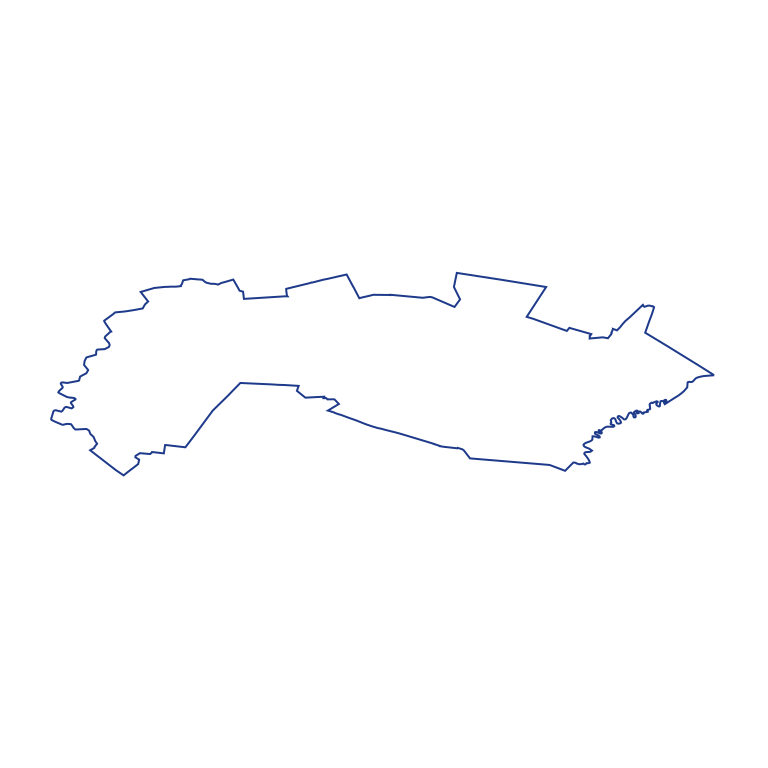 Bērzpils pag., Balvu, Latvia (Equal Earth projection), rotated 186°
{"feature_id": "27541924B21084254111268", "entity_name": "Bērzpils pag.", "entity_type": "district", "adm_level": 2, "iso_a3": "LVA", "parent_name": "Latvia", "parent_adm1": "Balvu", "projection": "equal_earth", "projection_center": [27.098, 56.85], "detail": "fine", "context": "isolated", "style": "outline", "palette": "blue", "viewbox_px": 768, "rotation_deg": 186, "n_neighbors": 0, "source": "geoboundaries", "source_scale": "gbopen_adm2", "svg_char_len": 6133}
<svg xmlns="http://www.w3.org/2000/svg" viewBox="0 0 768 768"><g transform="rotate(186 384 384)"><path d="M90.2,403.1L87.3,405.8L85.0,408.2L82.1,412.3L82.2,417.2L81.8,417.7L80.5,418.1L79.1,418.0L77.8,418.3L77.0,419.0L74.9,421.8L74.5,422.2L73.0,423.2L70.5,424.2L67.0,425.3L56.6,427.2L57.2,427.3L57.3,427.6L72.3,435.0L106.6,451.5L129.6,462.3L127.0,473.3L124.7,482.2L123.4,488.6L124.9,489.5L125.4,489.3L127.9,489.7L128.7,489.6L129.5,489.6L133.0,488.0L134.1,488.5L134.3,488.7L134.2,489.1L134.8,489.8L146.1,476.6L150.5,471.9L153.3,468.1L155.0,465.3L157.9,461.7L161.9,462.7L161.8,462.4L162.4,461.7L162.5,460.7L163.2,459.2L162.8,458.6L163.5,457.1L163.4,457.0L166.1,452.9L171.2,453.3L183.9,450.8L184.2,450.7L184.4,453.3L184.1,453.3L183.1,455.3L205.5,459.2L207.7,455.9L242.3,464.4L249.1,465.7L232.9,497.4L277.7,499.9L323.2,502.1L324.6,487.8L317.2,476.1L321.9,468.0L345.0,475.2L346.7,475.4L347.6,475.4L354.5,473.8L387.0,473.4L387.0,473.1L389.3,473.0L401.4,471.8L403.5,471.7L405.1,471.2L408.0,470.1L415.1,467.7L417.5,466.7L422.9,474.8L424.4,477.1L424.6,477.2L432.6,489.0L451.0,482.7L455.8,481.2L465.6,477.5L466.5,477.5L466.7,477.3L468.3,476.6L491.2,468.4L491.0,466.8L489.8,461.8L489.1,461.1L492.0,460.8L532.2,454.0L533.8,461.1L537.4,461.7L539.1,464.2L544.8,472.1L554.9,468.0L556.1,467.6L559.0,465.8L559.4,465.5L560.0,465.7L563.1,465.9L566.6,465.6L567.5,465.7L571.2,466.2L572.8,466.9L575.4,468.7L588.0,468.4L588.5,467.9L594.6,466.1L595.4,462.5L596.3,460.7L596.5,460.6L596.8,460.1L596.7,460.0L600.9,459.1L606.4,458.5L610.0,457.9L611.9,457.7L622.5,455.5L635.6,450.1L627.2,441.4L630.0,438.2L631.9,433.9L641.1,431.2L649.5,429.0L658.9,427.1L660.4,425.4L668.9,417.7L668.9,417.3L666.8,414.5L660.8,407.6L661.7,407.2L666.2,402.1L666.6,400.7L666.4,400.3L661.7,395.9L661.0,394.4L661.0,393.7L661.3,392.5L661.7,391.9L665.4,389.5L672.5,388.3L672.9,388.1L673.2,387.8L673.4,387.2L673.6,385.9L673.4,383.2L673.6,383.0L681.6,379.8L682.7,379.3L684.1,375.8L684.3,371.8L684.2,371.5L679.7,367.0L679.7,366.8L681.2,363.5L684.4,361.4L687.0,359.6L687.6,355.7L688.2,355.2L699.2,351.9L703.8,352.0L704.8,351.7L705.4,351.2L705.5,350.5L703.4,347.8L703.2,347.0L703.3,346.6L706.6,342.8L707.0,341.6L706.3,341.1L697.9,337.9L694.4,337.6L694.2,337.7L691.0,337.7L689.6,337.2L689.3,336.9L689.2,336.4L693.0,333.5L693.3,333.2L693.5,332.6L693.4,332.3L693.2,332.1L691.0,329.7L690.5,328.6L690.8,328.2L692.1,327.1L697.3,328.0L698.3,327.8L699.5,326.7L699.7,326.1L701.1,323.6L701.8,322.9L702.2,322.8L707.7,323.6L708.4,323.4L709.5,322.9L709.9,322.1L711.4,314.4L711.1,313.8L710.6,313.4L706.8,312.0L699.8,309.9L698.8,309.9L696.5,310.8L694.3,311.3L691.0,311.3L690.4,310.7L688.1,307.9L687.2,307.2L686.4,306.6L685.8,306.5L675.9,308.1L675.0,308.1L674.3,307.8L672.3,306.7L671.8,305.5L670.8,303.6L667.3,301.0L665.2,297.1L663.1,294.6L665.4,291.0L665.3,290.4L665.5,290.1L669.3,287.4L641.8,270.4L633.4,265.9L630.5,268.8L620.1,278.7L619.6,283.2L623.6,285.1L623.6,286.5L619.5,289.7L609.3,289.9L607.8,291.5L607.6,292.1L595.7,292.0L595.3,300.4L594.3,300.5L574.9,300.3L567.4,312.7L551.5,339.7L538.1,355.9L533.2,362.2L527.0,370.0L494.8,371.9L489.6,372.1L482.6,372.6L468.7,373.2L469.9,368.1L460.8,362.2L442.3,365.1L442.7,363.6L441.4,363.7L441.2,364.0L440.2,364.0L438.6,362.8L433.8,363.4L431.6,363.5L426.8,359.4L437.0,351.7L430.7,350.5L430.3,350.2L426.2,349.2L423.7,348.8L415.9,346.8L407.9,344.9L397.9,342.1L391.3,340.6L385.4,339.5L382.7,339.3L377.1,338.4L365.7,336.8L360.1,335.8L328.6,329.8L327.4,329.5L327.5,329.4L322.1,328.3L322.1,328.0L318.1,327.8L304.4,327.7L304.1,328.2L299.1,327.2L297.4,326.1L290.7,319.0L210.9,320.8L194.8,316.6L187.5,325.7L185.3,325.7L183.6,324.9L182.9,324.9L181.7,324.6L179.1,325.0L177.6,325.7L177.3,325.7L176.4,325.0L175.6,325.0L174.9,325.5L174.4,326.4L172.5,326.6L171.1,327.3L171.2,327.8L172.1,329.4L173.3,331.1L175.3,333.3L177.2,335.1L177.6,335.9L177.1,336.8L175.9,337.4L172.1,338.0L171.0,338.7L170.2,339.5L173.1,341.1L176.9,342.2L178.1,342.7L178.9,343.5L179.2,344.4L178.6,345.4L177.0,346.6L172.9,348.6L171.4,349.8L171.0,350.7L171.1,353.8L169.2,353.9L167.5,353.6L165.3,353.1L164.4,353.2L163.9,353.4L163.9,354.0L164.3,354.5L166.0,355.5L168.2,356.2L168.8,356.6L169.1,357.3L169.2,357.9L168.7,358.3L168.0,358.4L166.6,358.3L164.4,357.5L163.5,357.4L162.7,357.5L162.4,357.8L162.3,358.2L162.5,358.6L165.5,359.7L165.6,360.1L165.6,360.4L165.4,360.6L164.8,360.7L163.7,360.2L163.2,360.1L162.8,360.2L162.6,360.6L162.5,361.1L160.9,362.8L160.1,363.6L158.5,364.6L157.4,364.9L151.5,365.4L150.6,366.2L150.8,366.9L151.2,367.1L153.8,367.6L154.3,367.8L154.4,368.1L154.4,368.4L154.0,369.6L154.0,369.9L154.7,371.6L154.6,372.0L153.7,373.4L152.6,374.0L151.9,374.1L151.3,373.9L150.6,373.5L150.2,372.9L148.7,370.0L148.1,369.3L147.6,369.1L147.0,369.0L145.4,369.4L144.7,369.7L144.4,370.1L144.3,370.5L144.4,371.0L145.4,372.5L146.6,373.8L148.1,374.9L148.2,375.4L148.1,375.8L148.0,376.2L147.6,376.5L147.1,376.7L145.9,376.5L143.4,375.2L141.8,374.0L141.0,373.9L140.5,374.0L139.9,374.4L139.4,375.0L138.6,376.9L137.8,379.3L137.0,380.8L135.7,381.4L135.2,381.4L134.6,381.0L132.9,379.3L132.7,378.9L132.5,377.7L132.2,377.2L131.7,376.9L130.8,377.0L130.5,377.2L130.4,377.4L130.3,378.2L130.4,378.9L130.9,380.2L132.3,381.4L132.5,381.8L132.4,382.1L132.0,382.6L130.9,383.5L130.3,383.9L129.2,383.9L129.0,383.7L128.8,383.3L129.7,382.4L129.7,382.1L129.4,381.6L129.1,381.4L128.3,381.4L127.9,381.5L127.7,381.7L127.6,381.8L127.7,382.7L127.6,382.9L127.3,383.3L126.9,383.4L126.0,383.3L124.2,381.7L123.3,381.5L122.9,381.7L122.8,381.8L122.9,382.2L123.1,382.6L122.9,382.8L119.2,383.8L118.7,384.0L118.8,384.4L119.5,384.8L119.6,385.2L119.5,385.6L119.1,385.9L118.1,386.1L117.3,386.5L116.7,387.1L117.7,391.5L117.6,391.8L116.5,393.1L115.9,393.4L115.5,393.4L115.2,393.2L114.7,393.2L114.0,393.8L111.9,394.9L110.9,395.3L110.2,395.2L109.9,394.9L109.9,394.5L111.1,393.0L111.2,392.6L110.9,391.9L110.0,391.1L109.0,390.6L108.0,390.4L107.6,390.6L107.3,391.2L107.5,392.9L107.3,394.1L107.2,395.6L106.9,395.9L106.3,396.1L104.7,396.1L104.3,396.3L103.4,397.2L102.6,397.7L101.8,397.6L101.5,397.3L101.4,396.8L102.1,396.1L103.1,395.4L103.6,394.8L103.2,394.0L102.9,393.8L102.6,393.3L94.0,400.2L90.2,403.1Z" fill="none" stroke="#1e3a8a" stroke-width="2"/></g></svg>